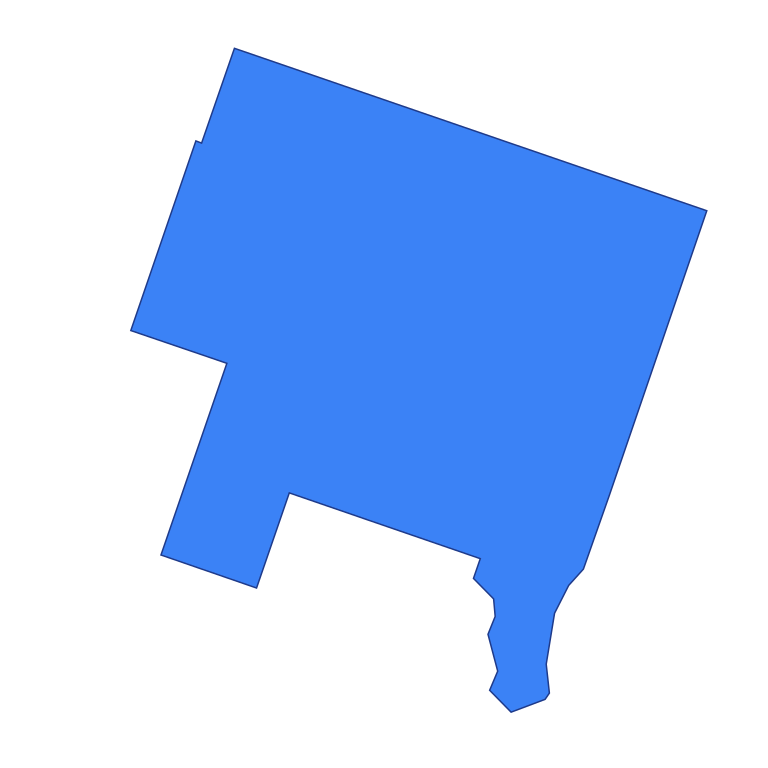 the district of Noble, Oklahoma, United States of America, rotated 109°
{"feature_id": "52423323B27580427525585", "entity_name": "Noble", "entity_type": "district", "adm_level": 2, "iso_a3": "USA", "parent_name": "United States of America", "parent_adm1": "Oklahoma", "projection": "natural_earth1", "projection_center": [-97.077, 36.38], "detail": "fine", "context": "isolated", "style": "filled", "palette": "blue", "viewbox_px": 768, "rotation_deg": 109, "n_neighbors": 0, "source": "geoboundaries", "source_scale": "gbopen_adm2", "svg_char_len": 483}
<svg xmlns="http://www.w3.org/2000/svg" viewBox="0 0 768 768"><g transform="rotate(109 384 384)"><path d="M115.3,634.7L215.6,634.9L215.4,641.0L415.9,640.8L415.6,539.3L618.3,539.2L618.4,438.1L517.8,438.1L517.8,354.8L517.8,236.1L538.7,236.1L551.5,210.4L567.6,203.2L586.8,204.2L618.5,183.0L639.2,184.4L652.9,157.0L629.7,129.0L622.4,127.0L596.1,139.4L545.2,148.1L514.3,143.8L494.1,135.2L417.2,134.7L115.1,135.2L115.3,634.7Z" fill="#3b82f6" stroke="#1e3a8a" stroke-width="1.5"/></g></svg>